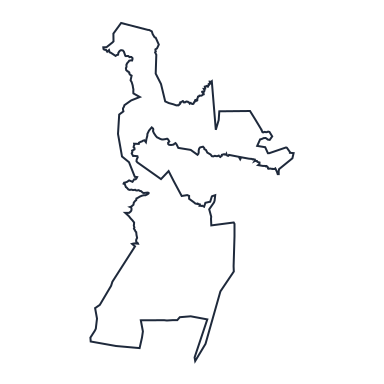 Santiago Tamazola, Oaxaca, Mexico
{"feature_id": "50627088B25658637599997", "entity_name": "Santiago Tamazola", "entity_type": "district", "adm_level": 2, "iso_a3": "MEX", "parent_name": "Mexico", "parent_adm1": "Oaxaca", "projection": "orthographic", "projection_center": [-98.227, 17.745], "detail": "fine", "context": "isolated", "style": "outline", "palette": "slate", "viewbox_px": 384, "rotation_deg": 0, "n_neighbors": 0, "source": "geoboundaries", "source_scale": "gbopen_adm2", "svg_char_len": 5951}
<svg xmlns="http://www.w3.org/2000/svg" viewBox="0 0 384 384"><path d="M132.1,243.9L135.0,246.4L112.4,281.7L111.1,285.8L99.8,304.9L95.1,308.1L97.0,318.6L95.8,328.7L94.9,330.6L90.4,337.6L90.7,341.5L116.0,346.0L139.6,348.1L142.0,337.5L142.9,331.4L140.8,320.3L164.2,320.2L166.8,320.5L173.3,320.1L177.3,320.1L179.8,317.2L190.7,316.3L207.3,319.4L194.6,357.4L195.2,361.0L205.5,343.9L220.4,291.4L233.8,271.5L233.6,266.2L234.5,236.2L234.5,223.9L233.7,222.5L211.3,225.4L211.0,218.7L211.2,216.7L209.2,209.3L214.0,202.4L214.6,200.6L215.2,195.2L212.1,196.2L211.8,196.6L210.2,201.7L205.4,202.8L204.1,206.7L202.1,205.7L201.4,206.0L200.8,205.8L199.6,205.8L199.9,204.8L199.9,204.4L198.4,204.1L198.0,203.7L197.7,203.6L197.5,204.0L196.2,203.7L195.3,203.5L193.9,202.3L189.1,198.8L189.1,195.9L187.2,195.1L181.7,196.0L173.7,181.1L168.6,171.1L161.0,179.1L137.4,162.4L136.5,161.3L136.6,159.9L137.0,158.7L137.7,157.4L137.4,156.2L134.3,155.9L133.1,156.0L131.7,153.4L132.4,151.9L132.1,150.6L134.5,149.4L134.5,148.1L133.6,147.2L133.8,146.1L134.3,144.9L134.1,143.7L138.8,143.9L139.0,142.7L140.7,141.8L141.8,141.5L143.0,140.7L144.4,140.3L145.9,142.2L146.4,139.2L147.3,135.8L147.4,133.9L149.0,130.6L151.7,127.4L153.1,128.6L153.3,129.7L153.0,131.1L153.9,133.1L155.7,135.8L157.0,137.3L158.5,138.0L160.0,138.8L161.6,139.4L162.9,139.5L165.5,139.1L167.1,138.7L168.0,139.3L169.3,141.5L168.1,142.7L168.2,144.0L169.1,144.8L171.1,145.0L173.6,144.6L174.3,143.8L175.5,143.1L176.5,144.3L178.3,147.9L190.7,149.9L197.5,154.8L198.3,153.9L198.7,152.5L198.7,150.3L199.2,148.5L200.1,147.4L203.0,146.7L204.2,148.0L204.4,149.2L205.9,149.9L207.3,152.6L210.6,154.5L211.9,156.2L213.3,156.4L214.9,155.8L215.9,156.1L217.5,156.1L218.7,155.6L218.8,155.8L219.6,156.4L219.8,156.7L220.4,157.0L221.0,156.2L221.8,155.8L221.9,154.8L224.1,154.2L224.7,154.3L225.0,154.7L226.1,154.7L226.4,154.0L226.7,154.9L227.4,155.7L228.4,155.8L229.0,154.9L238.8,156.8L240.2,159.3L240.7,158.3L239.8,157.0L249.0,158.7L251.6,158.9L252.1,159.0L252.5,159.4L253.5,159.2L254.6,159.7L255.6,159.3L255.2,159.7L255.2,160.1L254.6,161.1L255.0,160.9L256.9,161.0L257.0,161.4L257.3,161.8L258.3,162.2L259.5,162.5L259.4,164.3L258.8,164.6L258.2,165.1L262.7,165.9L266.0,166.0L266.2,166.4L266.6,166.1L267.5,166.8L268.0,167.7L268.0,168.4L268.2,168.7L268.6,168.7L268.9,168.8L269.8,168.5L270.6,168.6L272.4,169.0L272.8,168.8L273.1,169.0L274.5,169.0L275.3,168.4L276.9,171.7L277.7,174.1L278.7,174.1L278.7,171.1L279.1,169.1L292.4,158.3L293.6,153.1L289.9,152.8L289.9,152.0L286.9,147.8L286.6,147.6L285.9,147.5L269.2,153.2L267.9,153.2L265.2,147.2L257.2,145.9L260.1,139.4L261.5,139.1L263.7,138.1L265.6,138.0L266.5,138.5L267.8,139.6L269.7,139.9L272.2,136.4L269.5,132.0L268.1,131.6L267.0,132.1L266.0,132.2L265.2,132.0L264.3,131.9L263.7,132.3L263.0,132.4L262.2,131.8L262.2,131.4L261.7,130.5L261.7,130.3L261.4,129.9L261.4,129.5L261.1,129.3L260.9,128.8L255.1,119.2L250.0,111.0L219.3,111.3L218.7,120.0L215.8,129.8L211.8,81.2L210.8,82.0L210.6,82.1L209.9,81.6L209.7,81.6L210.2,83.7L208.9,83.9L208.6,84.1L208.6,84.4L208.9,84.6L209.0,84.9L208.9,85.1L208.2,85.9L208.0,86.7L207.6,86.7L207.1,86.0L206.7,85.9L206.3,86.1L206.0,86.4L205.1,86.5L204.8,86.6L205.2,88.2L205.2,88.7L204.8,88.9L203.8,88.9L204.3,89.8L204.5,90.4L204.3,91.2L203.4,92.4L203.0,92.2L202.6,91.6L202.3,91.6L202.1,91.8L202.3,92.4L202.8,92.9L203.3,93.0L203.5,92.8L203.7,94.3L203.3,94.4L201.6,95.6L200.6,95.7L199.5,95.6L199.2,96.2L198.3,96.4L198.0,96.6L197.8,97.6L197.3,98.6L197.3,100.3L197.1,100.5L196.4,100.3L195.9,99.9L195.3,100.0L195.0,100.4L195.1,100.7L195.9,100.6L196.1,100.9L195.6,101.3L194.3,101.9L193.5,103.7L193.2,103.9L192.7,104.0L192.1,103.9L192.0,103.7L190.7,103.3L190.6,102.9L190.4,102.9L189.7,103.6L188.9,102.4L188.2,102.2L188.0,101.8L187.6,101.7L186.3,101.5L185.9,101.9L185.4,102.0L185.0,102.4L183.9,102.4L183.6,101.8L183.2,101.5L183.1,101.2L182.7,101.1L181.8,101.8L181.2,102.0L180.5,102.4L180.2,102.4L180.1,102.6L180.4,103.3L180.2,103.7L179.7,104.2L179.3,104.3L179.1,104.8L178.3,105.4L177.9,105.4L177.6,105.2L176.4,105.4L173.4,104.3L168.9,103.1L165.2,101.4L161.0,84.0L155.7,73.6L156.3,54.8L155.1,52.3L155.8,51.5L155.5,50.8L155.4,49.4L157.0,48.4L158.8,44.6L155.7,37.7L154.6,37.3L152.7,34.2L151.8,31.4L149.2,30.0L147.9,29.9L121.1,23.0L113.4,33.6L113.5,41.4L112.4,42.5L106.5,47.2L103.3,47.3L103.5,49.0L104.3,49.7L106.0,49.9L107.2,51.7L109.0,50.1L109.6,52.3L110.9,52.8L115.6,55.9L116.6,55.1L118.1,54.7L118.3,53.0L119.2,51.5L119.8,50.9L120.6,50.3L121.6,50.2L122.9,50.5L123.9,51.7L125.3,55.8L125.8,56.1L128.2,56.0L129.5,57.1L130.0,56.9L131.4,57.0L132.5,58.1L132.5,59.1L132.1,60.5L130.7,60.4L129.2,60.7L128.4,61.9L127.5,62.8L126.8,63.8L126.7,64.5L126.4,64.8L126.4,65.0L126.5,66.9L125.9,68.1L126.2,70.1L127.0,70.8L127.6,71.5L128.4,71.6L129.3,72.5L129.3,73.6L130.2,74.8L131.6,75.6L130.6,80.3L131.7,82.2L132.7,85.5L133.0,87.6L133.4,89.3L133.3,91.9L133.4,93.4L139.8,97.0L131.2,100.4L124.4,105.2L124.0,106.6L123.0,108.4L123.0,109.5L123.4,111.4L119.2,114.5L118.0,133.9L122.0,156.5L129.0,162.2L134.8,176.8L137.1,177.1L136.4,178.5L135.6,179.3L134.2,179.3L132.5,181.8L129.1,180.4L127.0,181.9L125.3,182.5L124.1,182.7L123.6,183.7L124.8,184.2L125.9,187.1L126.6,187.5L128.4,189.5L129.7,189.9L131.5,189.6L133.0,190.1L135.2,189.8L135.6,190.2L136.1,190.4L136.9,190.5L137.7,190.4L138.2,190.2L138.7,190.2L140.1,191.0L141.0,191.1L142.8,192.7L143.8,193.0L147.3,192.6L147.9,192.6L148.6,192.9L148.6,193.4L147.9,194.0L146.7,194.7L145.3,195.3L143.9,195.2L142.0,195.7L140.0,196.5L137.5,198.0L136.4,198.5L136.2,200.1L135.2,200.9L134.1,202.2L133.7,202.9L133.7,203.6L133.4,204.8L131.5,206.4L130.8,206.8L130.1,207.0L131.2,207.5L131.5,208.7L131.5,209.5L131.3,210.6L130.7,211.5L129.0,212.9L125.3,212.9L128.9,216.2L130.5,218.3L132.3,220.2L134.1,222.5L134.0,224.5L133.8,225.1L133.9,225.9L134.4,227.5L133.9,228.5L134.5,229.7L134.9,230.0L135.5,231.5L136.2,232.1L136.5,235.0L137.1,237.9L136.3,239.5L136.1,240.9L136.3,241.9L137.8,243.2L138.0,243.7L134.4,243.4L133.2,243.6L132.1,243.9Z" fill="none" stroke="#1e293b" stroke-width="2"/></svg>